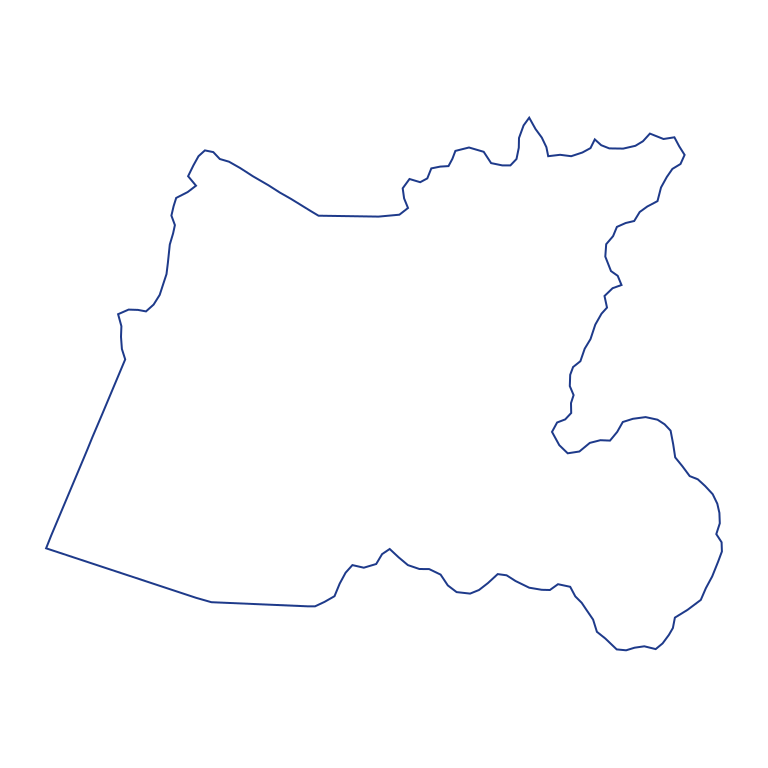 Muqui, Espírito Santo, Brazil
{"feature_id": "56859067B48645623438515", "entity_name": "Muqui", "entity_type": "district", "adm_level": 2, "iso_a3": "BRA", "parent_name": "Brazil", "parent_adm1": "Espírito Santo", "projection": "mercator", "projection_center": [-41.312, -20.933], "detail": "fine", "context": "isolated", "style": "outline", "palette": "blue", "viewbox_px": 768, "rotation_deg": 0, "n_neighbors": 0, "source": "geoboundaries", "source_scale": "gbopen_adm2", "svg_char_len": 2461}
<svg xmlns="http://www.w3.org/2000/svg" viewBox="0 0 768 768"><path d="M657.5,201.1L661.0,187.5L666.8,177.0L672.4,168.9L680.5,164.0L684.6,154.9L679.2,146.3L674.4,137.3L663.5,139.0L649.9,133.6L643.0,141.2L635.4,145.8L623.2,148.6L609.3,148.4L601.2,145.2L594.8,139.4L590.5,148.1L582.4,152.5L571.2,156.2L560.1,154.8L548.2,156.2L546.4,147.2L541.8,137.6L535.5,129.0L529.2,117.7L523.6,125.4L519.0,138.0L518.8,147.7L516.5,159.0L510.4,165.4L502.3,165.4L491.1,163.1L483.7,151.8L469.0,147.5L455.4,150.9L452.4,158.8L448.5,166.1L440.2,166.6L431.3,168.4L427.3,178.4L420.2,182.2L409.5,179.0L402.7,188.3L404.1,198.4L408.0,208.0L399.4,214.7L378.6,216.6L318.5,215.7L310.8,211.1L291.0,198.9L279.9,192.6L268.5,185.3L252.8,176.2L240.1,168.0L229.0,161.7L219.8,159.0L213.3,152.1L204.9,150.4L198.5,156.2L193.4,165.4L188.1,176.2L196.0,185.7L187.6,192.1L176.2,197.9L173.6,206.2L171.4,215.6L174.9,225.1L173.1,233.4L169.8,244.5L167.9,262.7L166.5,274.1L163.5,283.2L159.7,294.9L153.6,304.6L146.0,311.4L137.9,309.9L128.6,309.6L118.1,314.2L121.4,326.2L121.0,336.8L121.9,349.0L125.2,359.4L102.1,414.4L92.3,437.4L87.5,449.2L83.7,458.3L64.2,504.6L51.2,535.5L46.1,548.3L196.0,597.8L211.4,602.2L307.1,606.3L315.1,606.3L324.5,601.9L334.5,596.2L339.7,583.6L345.6,572.7L352.4,565.1L363.8,567.7L376.2,564.0L382.1,554.1L389.7,549.0L398.6,557.3L407.9,565.1L419.4,569.0L429.2,569.1L440.6,574.6L447.8,585.4L456.6,592.1L470.1,593.6L479.0,590.0L487.9,583.1L497.7,574.1L506.6,575.3L515.5,581.0L529.2,587.7L541.8,589.8L549.9,590.0L558.0,584.2L570.2,586.8L575.3,596.4L581.7,602.8L586.4,609.8L593.1,619.6L596.9,631.8L605.3,638.5L616.7,649.4L626.1,650.3L634.6,647.7L644.3,646.3L655.7,649.1L662.6,643.4L668.9,634.9L672.9,628.0L674.9,617.6L687.6,609.8L700.8,599.9L705.9,588.1L712.2,576.4L718.1,561.7L721.9,551.5L721.6,542.3L716.3,534.1L719.8,523.3L719.4,512.9L717.3,503.7L712.7,494.2L705.1,486.0L697.8,479.3L689.7,476.1L682.5,466.4L675.2,457.4L673.2,444.3L670.6,430.7L664.6,424.3L657.5,419.7L645.6,417.1L632.9,418.8L622.8,422.0L617.2,431.9L610.0,440.6L600.4,440.2L589.8,442.9L579.4,451.5L567.7,453.3L559.3,445.2L552.0,431.9L557.1,422.5L565.2,419.4L571.2,413.0L571.0,403.1L573.6,395.1L569.8,386.1L570.2,374.8L573.1,367.0L580.4,361.2L584.7,348.7L590.5,339.1L595.3,324.6L601.5,313.7L607.0,307.6L604.5,296.0L612.6,288.2L621.5,285.0L617.7,275.8L611.0,271.1L605.3,256.6L606.2,244.2L613.1,236.1L616.9,226.9L625.7,223.0L634.2,221.0L639.7,212.0L647.3,206.5L657.5,201.1Z" fill="none" stroke="#1e3a8a" stroke-width="2"/></svg>